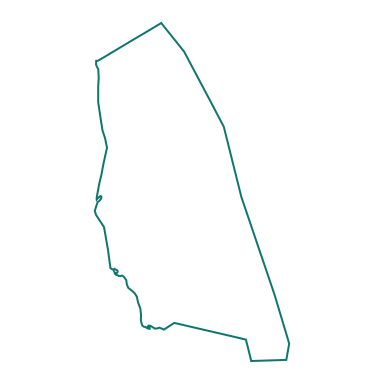 outline of Qantara Sharq, al-, Al Isma`iliyah, Egypt
{"feature_id": "37247803B91574784842387", "entity_name": "Qantara Sharq, al-", "entity_type": "district", "adm_level": 2, "iso_a3": "EGY", "parent_name": "Egypt", "parent_adm1": "Al Isma`iliyah", "projection": "equal_earth", "projection_center": [32.447, 30.598], "detail": "fine", "context": "isolated", "style": "outline", "palette": "teal", "viewbox_px": 384, "rotation_deg": 0, "n_neighbors": 0, "source": "geoboundaries", "source_scale": "gbopen_adm2", "svg_char_len": 1408}
<svg xmlns="http://www.w3.org/2000/svg" viewBox="0 0 384 384"><path d="M251.2,361.0L286.3,359.9L289.2,343.6L284.9,329.2L274.4,294.3L241.3,196.8L223.8,126.8L211.6,103.5L184.1,51.6L161.2,23.0L159.5,24.1L152.9,28.0L152.0,28.6L134.4,39.0L118.7,48.4L115.7,50.2L97.9,60.8L96.2,60.8L96.1,63.4L96.1,64.7L97.0,67.0L98.3,69.1L98.3,69.9L98.7,78.1L98.2,86.5L98.2,102.3L100.7,119.1L102.5,130.4L105.1,138.4L107.0,147.7L103.3,164.5L101.5,174.3L99.3,183.5L96.9,196.4L96.6,198.8L96.7,199.5L97.7,198.3L99.0,197.2L100.2,196.1L101.3,196.5L101.3,197.9L100.5,199.6L98.8,201.3L97.6,202.1L97.1,203.7L96.0,206.9L94.8,210.9L95.9,214.7L100.1,221.1L104.0,227.1L105.3,234.3L106.2,239.6L107.1,244.9L108.1,250.4L108.7,255.4L110.5,268.3L113.7,270.0L113.8,269.2L114.5,268.8L115.1,269.3L117.0,270.2L117.6,270.9L117.5,272.1L116.9,272.9L116.3,273.0L115.8,273.0L115.3,272.8L114.5,272.3L115.2,274.1L116.2,274.8L117.5,275.2L119.1,276.0L120.4,276.1L121.8,275.6L123.1,276.1L124.2,277.2L126.3,280.2L126.8,284.3L128.3,287.9L132.1,290.9L134.5,293.0L136.8,296.6L138.1,302.7L140.3,308.4L141.0,314.5L140.9,319.7L141.4,322.9L142.4,325.6L143.4,326.5L144.2,326.8L145.4,327.0L147.4,328.3L149.2,328.8L149.7,328.8L149.6,327.6L147.8,326.7L148.6,325.6L150.5,325.9L152.2,326.9L154.9,328.6L157.3,328.4L159.4,327.7L162.5,328.9L163.9,329.6L174.1,323.0L174.3,322.9L245.9,339.6L249.7,354.7L251.2,360.9L251.2,361.0Z" fill="none" stroke="#0f766e" stroke-width="2"/></svg>